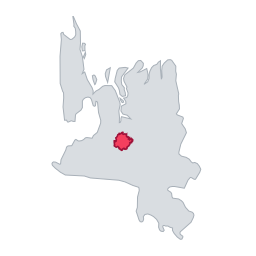 Gazipur, Dhaka, Bangladesh shown in context, rotated 186°
{"feature_id": "16705992B50862305652789", "entity_name": "Gazipur", "entity_type": "district", "adm_level": 2, "iso_a3": "BGD", "parent_name": "Bangladesh", "parent_adm1": "Dhaka", "projection": "mercator", "projection_center": [90.414, 24.092], "detail": "fine", "context": "in_parent", "style": "filled", "palette": "rose", "viewbox_px": 256, "rotation_deg": 186, "n_neighbors": 0, "source": "geoboundaries", "source_scale": "gbopen_adm2", "svg_char_len": 7323}
<svg xmlns="http://www.w3.org/2000/svg" viewBox="0 0 256 256"><g transform="rotate(186 128 128)"><path d="M85.5,186.6L85.4,180.0L81.1,167.2L81.3,165.8L80.4,159.5L79.4,156.1L78.8,152.4L81.4,147.1L80.4,146.2L74.6,144.6L73.9,143.3L75.1,138.0L71.0,133.1L69.4,129.4L73.8,117.5L74.9,109.1L74.6,107.5L71.9,105.6L67.1,104.9L63.7,103.3L61.7,101.0L60.0,100.0L58.0,100.7L55.3,99.8L53.1,97.5L51.3,94.6L52.0,91.5L55.5,84.1L56.8,83.9L59.8,85.3L60.9,85.3L62.9,82.4L65.7,74.0L75.4,74.7L77.7,74.5L80.1,73.8L81.4,72.7L82.2,71.4L81.9,70.2L78.9,68.7L77.8,67.5L77.0,64.1L76.1,62.9L70.2,62.7L67.2,61.2L65.5,59.8L62.6,55.2L58.9,51.8L55.4,51.0L54.0,49.9L53.3,48.2L53.7,45.7L55.5,40.8L65.1,30.3L65.4,29.2L65.0,27.8L62.2,26.1L62.0,25.3L62.8,23.1L64.4,22.8L67.7,24.8L71.1,28.0L73.1,30.9L73.2,33.2L75.9,33.7L78.1,34.7L80.3,34.4L81.8,34.9L82.8,34.7L83.2,33.4L81.3,30.1L82.2,28.7L84.4,28.8L86.0,30.0L87.2,32.6L87.4,36.5L90.0,40.1L93.4,42.6L96.1,43.8L99.3,44.6L102.1,43.8L103.5,41.4L102.9,39.1L103.3,37.1L104.4,36.0L106.1,36.1L107.4,37.7L111.2,46.2L110.4,50.0L111.3,60.3L110.3,67.1L110.9,69.7L111.5,70.2L117.2,71.4L125.4,74.1L131.7,75.1L160.2,74.4L166.4,75.7L185.4,74.7L190.5,76.9L196.1,80.4L199.3,83.0L199.9,84.5L199.5,85.8L198.5,86.5L196.5,86.5L192.1,84.8L191.3,85.3L191.3,89.4L187.6,99.5L187.1,102.6L185.8,103.9L182.1,104.5L179.6,110.4L178.6,111.2L176.1,109.9L174.6,110.1L172.7,110.6L170.8,112.0L169.4,113.7L167.9,114.2L162.6,114.1L161.6,116.9L158.1,120.4L155.7,129.9L155.9,132.8L158.9,140.3L160.9,150.1L161.7,151.1L162.7,151.2L162.7,146.7L163.7,146.1L164.9,146.6L167.4,152.6L168.8,154.2L171.0,154.6L173.5,153.7L175.4,151.9L176.2,150.0L175.5,143.5L176.7,140.8L181.0,136.8L181.6,135.6L181.4,129.0L183.0,128.8L185.2,129.3L187.9,127.7L188.8,127.7L189.9,129.4L191.9,129.1L194.8,142.1L195.1,151.3L195.8,156.4L196.8,157.6L200.1,165.2L203.1,192.1L203.5,209.0L204.7,214.8L203.7,216.1L202.6,216.3L201.7,214.3L194.7,210.0L193.0,210.4L190.6,212.9L189.7,215.3L190.1,218.5L190.9,221.7L192.5,223.5L192.6,225.6L194.5,233.1L194.0,233.2L190.2,226.3L185.6,219.5L184.1,207.3L184.0,201.2L180.8,194.1L177.9,181.7L179.2,177.3L176.9,179.2L173.5,171.8L168.0,164.4L166.5,161.2L166.4,158.0L164.0,161.2L160.8,163.4L157.6,166.8L155.4,167.8L148.6,168.4L144.6,163.9L138.9,152.9L138.2,150.5L138.9,144.0L137.6,137.8L137.2,132.4L136.2,132.9L135.8,134.4L136.0,136.7L135.6,138.6L126.1,137.3L130.1,140.6L134.5,141.3L136.8,144.2L136.9,149.0L132.6,151.9L133.0,154.3L135.5,157.3L132.5,158.1L131.6,160.1L131.6,162.8L133.7,167.1L133.3,168.7L136.9,174.2L137.6,176.9L136.7,180.6L128.9,188.2L126.7,193.5L124.8,196.0L122.4,196.5L119.5,194.0L119.4,191.4L120.0,189.3L124.1,184.3L121.9,185.0L115.6,189.1L114.4,185.7L113.6,182.6L113.6,178.8L116.6,173.1L113.2,176.0L112.2,179.5L112.6,183.7L112.2,186.7L110.8,190.5L109.0,192.8L106.0,194.3L104.7,196.6L102.7,198.3L102.0,190.5L99.9,180.0L99.4,182.3L100.5,188.8L100.5,193.0L98.8,196.3L95.6,199.9L93.1,200.4L91.6,199.9L86.9,194.5L86.5,189.4L85.5,186.6ZM143.0,186.7L137.2,188.0L134.2,187.6L139.8,178.1L139.6,173.9L138.7,170.5L135.9,167.7L135.8,165.7L134.5,163.0L133.8,159.8L137.0,158.8L139.5,160.6L140.4,164.2L141.6,166.9L146.0,172.5L145.9,175.9L144.7,184.2L143.0,186.7ZM155.4,183.6L151.9,186.1L153.0,171.2L155.7,176.8L156.3,179.7L155.4,183.6ZM168.9,176.2L167.4,177.2L166.0,176.3L164.1,172.8L165.0,168.4L165.6,167.7L167.8,172.3L168.9,176.2ZM182.0,207.6L180.0,207.7L179.0,206.7L179.5,205.2L178.9,200.4L181.5,199.9L182.4,203.9L182.0,207.6ZM179.8,194.1L178.3,198.9L177.7,196.7L178.7,192.5L179.8,194.1ZM138.5,155.2L139.1,156.8L135.8,154.8L135.0,153.3L136.4,152.6L138.5,155.2Z" fill="#d9dde1" stroke="#a8b0b8" stroke-width="1"/><path d="M132.6,123.2L132.9,123.0L133.2,123.1L133.3,123.1L133.5,122.9L133.8,122.7L133.9,122.4L133.9,122.1L134.0,122.1L134.3,122.1L134.5,121.9L134.4,121.8L134.4,121.7L134.5,121.5L134.7,121.4L134.8,121.4L134.8,121.5L135.0,121.6L135.4,121.7L135.5,121.7L135.6,121.4L135.8,121.5L135.8,121.4L136.0,121.4L135.8,121.1L135.8,120.8L136.1,120.6L136.3,120.6L136.6,120.6L136.9,120.6L137.3,120.4L137.5,120.2L137.6,119.7L137.7,118.7L138.1,118.3L138.2,117.8L138.4,117.4L138.5,117.3L139.0,117.1L138.9,116.8L139.0,116.6L138.9,116.5L138.8,116.4L138.8,116.2L138.7,116.0L138.6,115.7L138.3,115.2L138.3,114.9L138.4,114.3L138.4,114.0L138.4,113.7L138.5,113.6L138.6,113.9L138.7,114.0L138.8,114.1L139.0,114.2L139.3,113.9L139.4,114.0L139.8,113.8L140.1,113.9L140.4,113.9L140.5,113.6L140.4,113.4L140.0,113.4L139.9,113.4L139.7,113.4L139.6,113.2L139.8,113.1L139.9,112.9L140.0,112.7L140.2,112.4L140.0,112.2L139.9,112.1L140.0,111.8L139.9,111.7L139.9,111.3L139.9,111.2L140.0,110.9L140.0,110.6L139.9,110.5L139.7,110.4L139.5,110.1L139.5,109.4L139.8,109.2L139.9,108.9L139.8,108.7L139.6,108.6L139.0,108.4L138.6,108.1L138.4,108.0L138.1,107.8L137.8,107.7L137.7,107.8L137.4,107.8L137.2,108.0L136.7,108.2L136.6,108.4L136.4,108.6L136.2,108.6L135.9,108.2L135.5,108.1L135.2,107.8L135.3,107.8L135.3,107.6L135.1,107.4L134.9,107.2L134.5,107.1L134.4,107.0L134.5,106.9L134.7,106.5L134.5,106.4L134.1,106.2L133.7,106.1L133.3,106.1L133.3,105.9L133.0,105.8L133.0,105.7L132.9,105.7L132.7,105.5L132.5,105.4L132.3,105.2L132.2,105.1L131.8,105.1L131.6,105.2L131.4,105.5L131.3,105.8L131.4,106.2L131.3,106.3L131.2,106.4L130.8,106.6L130.7,106.7L130.7,107.0L130.2,107.3L130.0,107.0L129.9,107.0L129.7,106.9L129.7,107.1L129.2,107.3L129.1,107.2L129.0,106.9L129.1,106.6L128.8,106.6L128.7,106.7L128.7,106.8L128.3,106.8L128.1,106.7L127.9,106.6L127.7,106.8L127.3,107.0L127.1,107.2L127.0,107.3L126.8,107.4L126.8,107.5L127.0,107.7L127.1,107.8L127.0,108.0L127.1,108.3L126.8,108.6L126.7,108.7L126.7,108.8L126.8,109.3L126.7,109.4L126.5,109.5L126.2,109.6L125.9,109.9L125.8,110.0L125.8,109.9L125.7,110.0L125.5,110.3L125.4,110.3L125.4,110.7L125.1,110.8L124.9,111.2L124.6,111.6L124.6,112.0L124.4,112.3L124.4,112.6L124.3,112.9L124.4,113.0L124.5,113.2L124.8,113.4L124.8,113.5L124.7,113.7L124.5,113.8L124.2,113.9L124.1,114.0L123.8,114.1L123.7,113.9L123.4,113.9L123.3,114.0L123.1,113.7L122.9,113.7L122.8,113.8L122.8,114.0L123.0,114.2L123.1,114.4L123.1,114.5L123.0,114.8L122.8,114.8L122.6,115.0L122.3,115.2L122.4,115.3L122.5,115.5L122.4,115.6L122.2,115.6L122.1,115.9L122.0,116.0L122.0,116.3L122.0,116.6L122.3,116.7L122.3,116.8L122.5,116.8L122.5,117.0L122.7,117.3L122.8,117.5L123.0,117.5L123.1,117.4L123.3,117.3L123.2,117.2L123.5,117.0L123.7,117.3L123.7,117.2L123.9,117.2L123.9,117.4L124.0,117.3L124.0,117.2L124.2,117.3L124.3,117.4L124.5,117.2L124.9,117.2L125.1,117.2L125.1,116.7L125.1,116.4L125.3,116.3L125.4,116.5L125.5,116.6L125.4,116.7L125.5,116.9L125.7,117.0L125.8,117.0L125.7,117.1L125.8,117.2L125.6,117.2L125.5,117.4L125.5,117.5L125.4,117.8L125.5,118.1L125.7,118.3L125.8,118.4L125.8,118.6L126.0,118.6L126.0,118.8L126.3,118.8L126.5,118.7L126.5,118.8L127.0,118.9L127.1,119.2L127.1,119.4L127.3,119.4L127.6,119.4L127.7,119.1L128.1,119.2L128.1,119.4L128.3,119.4L128.3,119.2L128.6,119.4L128.6,119.9L128.7,120.1L128.7,120.8L128.6,121.0L128.7,121.3L128.8,121.6L128.8,121.8L128.9,121.7L129.1,121.5L129.1,121.4L129.2,121.5L129.3,121.4L129.5,121.4L129.9,121.3L130.1,121.4L130.1,121.5L130.2,121.8L130.3,121.9L130.5,121.8L130.8,121.8L130.9,121.7L131.0,121.7L131.4,121.4L131.7,121.2L131.8,121.2L132.0,121.2L132.0,121.3L132.3,121.3L132.4,121.5L132.5,121.6L132.4,121.7L132.5,121.8L132.4,121.9L132.5,122.0L132.8,122.4L132.8,122.7L132.6,122.9L132.5,123.1L132.6,123.2Z" fill="#f43f5e" stroke="#9f1239" stroke-width="1.5"/></g></svg>